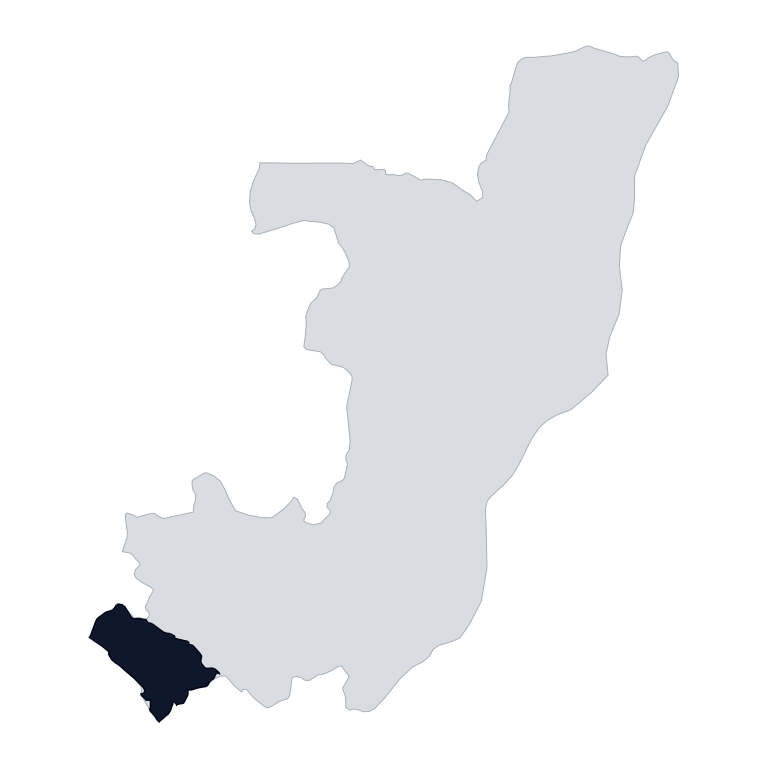 where Kouilou sits in Republic of the Congo
{"feature_id": "COG-3343", "entity_name": "Kouilou", "entity_type": "Region", "adm_level": 1, "iso_a3": "COG", "parent_name": "Republic of the Congo", "parent_adm1": "", "projection": "albers", "projection_center": [12.097, -4.264], "detail": "fine", "context": "in_parent", "style": "filled", "palette": "ink", "viewbox_px": 768, "rotation_deg": 0, "n_neighbors": 0, "source": "natural_earth", "source_scale": "10m", "svg_char_len": 5553}
<svg xmlns="http://www.w3.org/2000/svg" viewBox="0 0 768 768"><path d="M90.7,635.9L95.3,623.8L98.8,618.3L103.0,614.4L119.8,605.0L122.3,605.3L133.9,617.6L137.6,618.5L141.8,618.2L146.6,618.7L149.0,616.3L149.4,613.1L145.9,609.6L145.4,605.8L147.9,601.7L149.3,597.1L152.9,591.7L153.3,589.2L149.4,586.5L141.6,582.2L136.2,578.2L134.2,574.3L135.6,569.3L140.0,565.2L139.7,563.0L135.9,559.4L133.1,555.5L130.3,553.1L122.4,551.6L123.9,546.4L126.8,538.7L127.5,532.8L125.3,517.4L125.4,514.5L127.6,513.1L132.3,514.8L137.1,517.2L150.0,513.8L154.5,513.3L158.2,516.2L163.4,518.6L193.2,512.1L193.8,505.5L195.5,499.6L195.7,495.1L194.5,492.3L193.0,490.1L192.1,485.6L192.1,480.8L194.9,478.6L204.5,472.9L207.4,473.1L214.1,476.2L220.3,481.1L225.8,491.3L229.6,500.2L235.7,510.9L248.7,515.2L264.2,518.0L272.6,517.3L284.6,508.2L291.4,501.1L293.6,497.3L297.6,499.3L302.0,508.7L304.9,512.3L305.6,515.7L303.6,520.1L305.5,522.8L313.9,524.8L321.2,523.0L324.5,519.2L329.9,514.2L330.0,510.0L327.1,507.3L327.1,503.6L330.1,500.6L333.1,492.6L334.0,486.7L336.9,483.0L342.4,480.4L344.4,478.1L347.5,464.2L345.9,459.1L346.0,455.0L349.4,449.6L350.1,440.9L346.7,406.5L352.3,379.0L351.8,375.5L347.9,371.2L343.2,367.3L330.9,364.1L326.3,359.0L322.8,353.6L320.2,351.8L306.8,349.6L303.8,346.6L305.1,337.8L306.3,324.9L305.8,315.9L308.2,308.7L310.9,303.3L316.9,297.5L320.0,290.7L321.8,289.1L333.0,288.0L337.1,285.2L340.3,282.3L341.7,278.5L345.5,272.1L349.0,267.8L349.4,264.9L348.7,260.8L345.3,252.8L341.2,246.1L338.8,243.7L333.9,228.0L329.2,224.3L320.3,222.3L303.4,220.5L293.2,223.3L277.7,228.5L258.2,234.2L253.6,233.6L251.6,231.2L254.6,229.2L256.1,224.4L254.2,217.6L251.2,211.4L249.5,202.6L250.2,191.7L253.2,181.5L259.4,168.2L259.8,162.8L297.4,163.2L337.7,163.0L353.2,163.5L360.6,160.1L367.7,165.3L371.2,166.5L372.4,166.1L375.0,169.8L383.8,169.4L385.2,170.2L386.0,174.7L394.1,174.6L398.2,175.6L401.4,175.5L406.2,172.9L409.6,173.8L415.8,177.2L420.2,180.1L426.4,179.1L440.7,179.7L451.8,182.5L462.7,190.2L470.0,194.6L476.6,201.1L479.0,200.0L482.6,197.5L482.6,191.9L478.9,182.4L477.5,174.4L478.4,167.8L481.2,163.0L486.0,160.2L486.5,155.1L509.2,111.7L508.5,106.7L509.1,99.2L510.2,90.9L510.0,85.9L511.5,82.6L517.4,62.9L520.6,59.7L525.6,57.4L532.7,57.4L551.4,55.9L568.9,52.8L574.7,51.4L585.7,46.3L590.0,46.1L593.6,48.1L614.7,54.2L620.4,56.6L622.5,56.3L625.7,56.8L630.7,56.9L635.5,56.2L638.6,57.0L642.4,61.0L645.0,60.5L648.5,57.7L654.9,54.8L667.2,51.6L669.1,53.1L673.3,60.4L677.7,62.9L678.6,76.4L668.0,105.7L645.8,145.0L634.6,176.0L634.5,198.8L633.2,213.1L629.5,221.9L620.7,245.4L619.3,265.7L622.2,290.5L619.1,314.1L609.9,336.3L606.0,353.8L608.1,375.0L591.5,392.4L570.8,409.8L557.4,414.7L547.0,420.6L539.5,427.2L531.6,438.9L519.2,463.9L512.7,474.9L504.3,484.3L491.8,495.7L487.2,501.1L485.3,509.0L486.0,523.5L487.0,567.6L481.3,601.4L469.0,624.9L459.8,638.0L450.6,641.9L438.6,645.4L432.8,649.8L429.2,656.4L422.5,662.0L412.6,666.9L400.0,678.8L384.8,697.8L374.5,708.7L368.9,711.5L363.2,711.7L357.2,709.4L352.3,709.1L349.8,710.1L345.8,707.5L345.9,703.1L345.2,695.8L342.3,688.3L348.9,677.7L348.4,675.3L345.3,671.5L341.9,666.0L338.6,666.3L331.6,670.5L324.4,673.8L317.6,675.1L309.4,680.4L304.8,680.3L302.2,678.3L296.7,676.4L293.7,677.0L292.0,678.0L290.5,690.7L289.4,696.2L287.4,698.8L279.0,701.5L273.3,705.3L268.4,707.8L265.4,707.2L253.2,697.5L246.8,689.6L243.0,689.4L241.8,691.9L239.9,690.7L233.9,685.5L226.9,677.1L224.4,675.9L220.5,676.0L214.4,679.0L208.3,683.8L197.4,688.2L188.3,690.7L187.5,693.7L185.4,698.9L182.3,702.1L174.3,703.1L171.4,707.7L164.4,716.7L159.8,720.7L158.6,719.0L155.8,716.8L150.1,709.9L144.5,701.3L143.0,697.4L141.4,695.2L141.1,686.5L132.6,676.3L111.2,658.0L108.9,652.6L90.7,635.9Z" fill="#d9dde1" stroke="#a8b0b8" stroke-width="1"/><path d="M219.3,673.6L218.7,673.3L217.6,672.9L215.8,674.0L214.9,675.8L214.3,677.6L213.2,678.9L211.8,679.7L210.6,680.7L209.5,682.0L207.8,685.1L206.9,686.0L205.7,686.5L197.1,688.0L191.8,689.8L190.6,689.9L188.5,689.6L187.8,690.7L187.9,694.0L187.5,695.7L184.2,702.1L183.4,703.1L182.3,703.5L179.7,703.8L178.5,704.1L177.4,704.5L176.7,705.1L175.7,703.3L175.0,702.4L174.3,701.9L173.3,701.9L173.0,702.3L170.6,710.3L168.6,713.6L159.8,721.1L159.2,721.9L158.0,720.8L156.9,719.6L155.1,716.6L152.2,713.1L150.3,711.2L149.6,709.1L150.4,709.1L150.5,700.2L146.1,700.2L144.7,698.4L141.4,695.5L141.1,694.5L141.1,693.7L143.0,693.7L144.4,692.1L144.8,690.3L143.3,687.4L134.5,678.5L126.4,671.6L119.3,665.3L115.7,663.0L111.8,659.7L110.4,657.3L110.0,656.8L109.0,655.1L108.8,654.3L108.8,652.6L108.8,651.7L108.5,651.1L101.6,645.7L94.0,640.7L91.4,638.8L89.4,637.5L90.7,635.2L95.8,621.3L97.1,618.8L99.1,617.1L101.8,615.3L104.1,613.4L106.6,611.9L109.8,611.2L112.8,610.2L114.5,608.0L116.0,605.6L118.1,604.1L122.0,604.7L124.9,606.9L131.1,616.9L132.4,618.3L134.1,618.9L138.3,618.3L139.9,618.5L144.4,619.8L145.8,619.8L146.0,619.7L147.6,622.2L148.1,622.6L148.8,623.0L150.5,623.2L152.8,624.3L163.2,632.0L166.0,633.1L166.7,633.3L169.2,633.5L171.5,634.3L172.9,635.2L174.1,635.7L174.6,636.1L174.7,636.5L174.7,637.4L174.8,637.9L174.9,638.3L175.4,638.5L177.0,638.8L179.4,639.6L181.4,639.9L183.3,640.5L184.7,640.7L185.8,640.9L187.5,641.5L188.3,642.0L188.7,642.3L188.8,642.5L188.8,642.8L188.7,643.2L188.7,643.8L189.0,644.3L189.4,644.6L192.1,645.2L192.9,645.7L193.6,646.3L200.1,653.7L200.8,655.0L201.4,655.7L201.5,656.3L201.5,656.8L200.8,660.5L200.8,661.1L200.9,661.7L201.0,662.4L201.6,663.6L204.4,667.3L205.1,667.9L205.7,668.2L206.3,668.3L206.9,668.4L211.9,668.1L212.6,668.2L213.4,668.4L214.5,668.9L215.4,669.4L216.8,670.6L219.0,672.7L219.3,673.6Z" fill="#0f172a" stroke="#020617" stroke-width="1.5"/></svg>